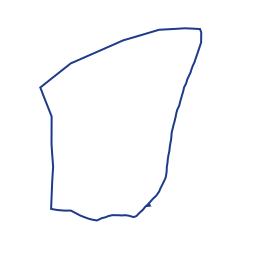 the district of Independence City, Castries, Saint Lucia, rotated 76°
{"feature_id": "8701671B64940786723478", "entity_name": "Independence City", "entity_type": "district", "adm_level": 2, "iso_a3": "LCA", "parent_name": "Saint Lucia", "parent_adm1": "Castries", "projection": "natural_earth1", "projection_center": [-60.978, 14.002], "detail": "fine", "context": "isolated", "style": "outline", "palette": "blue", "viewbox_px": 256, "rotation_deg": 76, "n_neighbors": 0, "source": "geoboundaries", "source_scale": "gbopen_adm2", "svg_char_len": 1218}
<svg xmlns="http://www.w3.org/2000/svg" viewBox="0 0 256 256"><g transform="rotate(76 128 128)"><path d="M206.4,126.2L204.1,123.0L202.5,120.6L200.4,116.8L197.1,113.1L194.1,110.9L191.3,108.4L188.3,105.9L185.3,103.5L181.8,101.9L179.2,100.9L175.3,99.8L170.8,97.9L167.8,96.9L164.1,95.3L160.7,93.6L156.9,92.2L153.1,90.6L149.7,89.0L146.8,88.0L143.2,86.8L139.4,84.8L135.9,83.0L132.8,81.2L128.7,79.1L125.3,77.5L122.2,75.8L119.0,73.1L114.2,70.5L108.8,67.4L106.4,65.9L101.9,63.6L98.9,60.9L95.3,58.8L89.1,53.8L86.4,52.2L82.9,49.8L80.7,47.9L75.5,44.6L73.8,43.5L72.8,42.8L62.8,36.4L52.9,33.8L49.4,34.2L46.8,42.6L45.0,48.7L43.2,58.5L40.2,74.1L40.9,89.6L41.8,111.5L50.1,159.9L50.4,161.5L51.4,167.8L61.6,190.4L67.5,203.3L71.4,202.8L75.7,202.3L98.3,199.3L125.1,206.1L133.9,207.7L147.4,210.0L160.0,214.0L162.0,214.6L187.9,222.2L190.5,216.4L191.5,213.4L192.8,209.6L194.3,203.4L196.7,200.7L198.7,198.5L201.3,195.6L204.0,191.8L206.6,188.0L208.4,184.6L210.2,180.5L209.1,175.1L209.2,172.0L208.7,168.0L208.8,164.2L210.2,158.8L211.4,154.9L211.9,151.9L213.1,148.8L215.8,144.1L215.5,141.2L212.8,136.9L211.1,133.5L208.6,130.3L206.4,126.2ZM206.4,126.2L208.3,128.4L208.6,125.6L206.4,126.2Z" fill="none" stroke="#1e3a8a" stroke-width="2"/></g></svg>